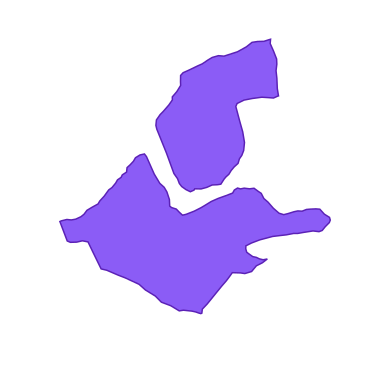 Nacka, Stockholm, Sweden (Albers equal-area conic projection), rotated 336°
{"feature_id": "70781695B29923564052107", "entity_name": "Nacka", "entity_type": "district", "adm_level": 2, "iso_a3": "SWE", "parent_name": "Sweden", "parent_adm1": "Stockholm", "projection": "albers", "projection_center": [18.245, 59.301], "detail": "fine", "context": "isolated", "style": "filled", "palette": "violet", "viewbox_px": 384, "rotation_deg": 336, "n_neighbors": 0, "source": "geoboundaries", "source_scale": "gbopen_adm2", "svg_char_len": 2529}
<svg xmlns="http://www.w3.org/2000/svg" viewBox="0 0 384 384"><g transform="rotate(336 192 192)"><path d="M233.6,283.8L233.0,283.7L229.4,282.8L226.4,280.5L224.2,277.9L221.2,275.7L219.3,272.5L217.5,269.3L218.0,265.8L219.3,263.1L225.5,262.8L234.5,263.3L242.5,264.6L247.6,265.4L256.0,268.0L260.7,269.5L268.0,271.2L271.5,272.8L277.5,274.3L286.7,276.8L291.9,279.9L295.3,280.1L299.6,277.9L305.0,275.8L306.9,273.9L307.3,271.1L303.9,266.1L301.8,259.7L298.3,257.8L293.2,255.8L289.5,254.5L284.8,254.3L280.9,252.3L277.1,251.5L271.1,250.8L266.6,250.0L262.9,246.8L259.7,239.9L257.3,232.1L255.0,227.2L254.7,221.4L252.8,218.4L250.2,213.8L245.9,212.5L241.2,209.7L237.6,208.9L235.2,206.9L231.5,207.4L228.7,209.5L221.2,209.1L213.3,208.5L205.7,208.5L198.2,209.5L193.9,210.0L186.2,210.4L177.6,210.0L173.9,209.3L172.2,205.4L170.7,201.2L167.0,197.9L165.9,195.8L168.3,189.7L169.1,181.8L168.5,176.4L166.1,171.0L164.8,160.3L164.8,148.0L164.8,141.1L164.0,137.9L159.6,137.0L154.3,137.7L151.0,140.1L146.5,142.0L142.6,143.3L140.3,147.2L135.3,148.0L133.2,149.8L128.9,150.6L125.9,152.8L120.7,155.4L116.8,156.2L114.2,157.7L110.1,160.1L104.1,162.7L101.3,164.7L94.4,165.3L88.6,166.0L84.3,168.4L80.5,169.4L74.7,169.5L70.3,168.4L66.5,166.2L60.9,165.2L59.3,165.2L58.1,186.0L60.4,188.5L66.3,190.9L72.0,192.0L76.7,195.3L77.0,205.5L77.7,225.3L82.3,228.8L90.9,238.1L95.9,243.1L101.3,249.3L106.1,254.8L109.6,262.6L116.2,272.2L119.2,280.2L126.3,287.2L132.0,295.4L136.1,296.5L143.5,300.8L146.6,303.1L148.7,305.1L150.6,306.7L151.7,306.7L153.8,303.2L160.3,300.5L172.3,294.4L181.0,290.0L187.2,287.1L191.9,284.5L196.0,282.1L203.3,285.6L207.1,288.0L214.1,288.9L220.8,285.6L227.5,285.3L233.6,283.8ZM325.9,84.4L324.5,84.2L319.0,83.6L313.2,81.2L307.7,79.7L300.7,81.5L290.6,82.4L276.5,80.9L271.6,78.2L265.2,77.3L260.2,77.9L253.4,79.1L248.4,79.1L238.1,79.4L232.4,79.4L229.0,80.9L226.3,86.7L225.0,90.0L219.0,94.1L212.7,97.1L211.5,99.9L206.2,103.1L198.5,106.7L194.4,108.3L188.8,111.7L186.1,116.5L185.4,120.3L184.5,146.1L183.0,167.8L184.2,173.9L183.9,179.1L184.8,182.8L187.5,187.4L190.6,191.1L194.6,191.1L195.8,190.2L201.6,192.9L207.4,193.8L213.3,193.8L218.2,195.7L221.5,196.6L226.7,193.2L229.2,192.0L232.9,190.8L236.5,188.3L240.8,186.2L245.7,184.6L248.8,181.0L252.4,178.8L256.1,175.1L260.1,168.1L262.8,157.7L264.4,146.7L266.8,131.7L269.2,129.5L276.9,129.2L285.1,131.1L294.3,133.8L299.5,136.5L304.7,139.3L309.6,139.3L310.1,139.4L312.0,132.2L315.8,122.6L318.1,115.4L321.5,109.7L323.4,104.9L323.8,96.3L323.8,88.2L325.9,84.4Z" fill="#8b5cf6" stroke="#5b21b6" stroke-width="1.5"/></g></svg>